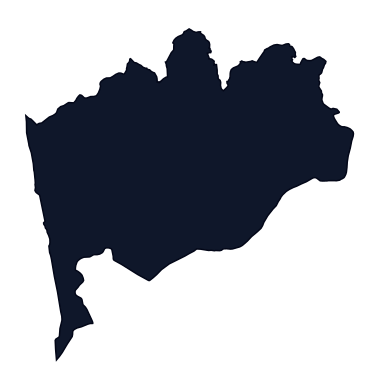 Aceh Tenggara, Aceh, Indonesia (Mercator projection), rotated 268°
{"feature_id": "22746128B65780821536148", "entity_name": "Aceh Tenggara", "entity_type": "district", "adm_level": 2, "iso_a3": "IDN", "parent_name": "Indonesia", "parent_adm1": "Aceh", "projection": "mercator", "projection_center": [97.723, 3.338], "detail": "fine", "context": "isolated", "style": "filled", "palette": "ink", "viewbox_px": 384, "rotation_deg": 268, "n_neighbors": 0, "source": "geoboundaries", "source_scale": "gbopen_adm2", "svg_char_len": 5981}
<svg xmlns="http://www.w3.org/2000/svg" viewBox="0 0 384 384"><g transform="rotate(268 192 192)"><path d="M270.3,333.3L270.1,333.2L272.0,330.7L275.2,326.7L275.8,326.2L279.0,325.1L280.1,325.0L282.4,325.4L283.3,325.7L284.7,325.8L286.6,324.9L288.5,324.8L292.5,322.4L294.3,322.6L296.8,323.5L299.2,322.6L299.8,322.6L301.4,323.0L302.7,322.8L304.6,323.1L305.5,324.6L306.5,325.6L307.2,325.9L310.3,326.8L311.6,327.7L314.6,328.8L315.9,329.9L317.9,330.4L320.0,328.2L321.1,326.2L322.2,325.0L322.6,324.0L322.2,322.1L319.7,317.0L319.3,316.0L319.2,315.0L319.2,313.6L319.5,311.5L320.2,310.3L321.4,309.1L321.5,308.1L321.3,307.6L320.8,307.2L317.4,305.2L316.0,304.7L315.8,304.1L316.0,301.2L316.4,299.4L316.7,298.7L318.2,297.0L319.2,296.5L319.6,296.0L319.9,296.6L320.6,297.1L321.3,296.6L321.9,296.4L323.0,296.7L323.5,296.3L324.0,296.8L323.6,297.2L323.6,298.6L322.9,299.1L322.9,299.5L323.6,300.2L323.8,299.7L324.2,299.6L324.7,300.2L325.8,300.0L328.0,300.2L329.7,299.3L331.3,298.7L333.5,297.3L334.0,296.6L334.1,295.3L334.4,294.9L335.9,294.6L336.7,293.8L336.8,293.3L336.6,291.0L335.4,287.7L335.4,286.5L336.4,282.2L336.0,279.0L334.3,275.1L332.5,272.5L332.8,272.2L331.4,269.6L329.3,268.7L328.7,268.1L322.6,263.6L319.2,261.3L320.0,258.9L321.0,256.7L320.5,255.5L319.7,249.4L320.1,249.4L320.5,247.4L321.2,246.3L320.3,244.7L319.0,245.2L318.7,244.7L317.7,243.7L318.1,243.2L317.7,243.7L316.8,243.0L316.1,241.7L314.6,237.7L313.9,236.7L312.9,235.5L310.7,234.6L309.0,234.3L305.8,234.1L303.4,233.3L302.8,232.7L301.3,231.9L301.2,230.8L299.6,230.8L298.9,231.1L298.2,231.7L296.8,231.7L295.3,230.5L292.2,227.1L292.4,226.9L292.3,226.6L293.4,225.4L294.7,224.7L297.5,224.2L300.3,224.5L301.6,224.3L302.7,223.9L303.4,222.9L304.6,222.1L307.3,222.1L309.1,221.3L312.9,221.4L318.5,220.9L318.6,219.6L318.2,218.4L319.5,218.7L320.3,218.4L321.4,218.7L322.1,218.6L323.8,216.7L324.3,215.6L324.6,213.6L325.0,213.8L325.6,213.7L329.9,212.2L330.2,212.2L330.2,213.0L330.6,213.6L330.6,214.2L330.8,214.8L330.6,215.5L331.6,216.0L332.9,215.7L333.2,215.2L334.1,214.9L334.8,215.0L335.0,214.2L335.8,214.2L336.2,214.6L338.9,214.8L340.8,214.4L341.9,213.8L343.4,211.6L344.7,210.6L346.7,210.1L348.1,209.2L350.3,206.1L351.8,206.1L351.8,203.7L351.4,202.2L351.6,200.8L352.6,198.4L353.7,197.1L355.1,194.8L353.2,191.8L352.8,190.5L352.4,189.8L351.9,189.4L351.2,189.4L349.8,188.2L349.3,187.5L347.8,183.6L346.2,181.1L344.4,179.4L341.9,178.1L341.5,178.2L340.4,179.2L338.8,178.9L335.2,178.7L334.3,178.4L332.0,176.2L323.1,171.1L322.8,170.0L320.3,170.8L319.0,170.8L316.1,171.5L307.9,171.6L307.7,170.2L306.3,167.7L305.3,166.4L304.1,165.2L303.7,164.4L303.4,164.3L303.1,163.3L302.6,163.4L302.4,163.0L302.6,162.7L303.2,162.5L302.9,161.5L303.0,161.1L306.6,161.0L308.4,160.7L312.3,158.7L313.0,157.0L314.0,155.4L315.6,153.9L315.9,152.5L316.5,151.4L317.3,151.1L317.3,149.8L318.4,147.4L320.4,145.3L321.2,143.6L322.9,141.0L323.3,139.2L323.7,138.5L327.2,135.4L327.4,135.0L327.0,134.5L325.1,134.2L324.2,133.8L323.6,133.4L322.2,131.9L319.8,131.5L317.6,130.9L316.4,130.9L315.3,130.4L313.1,129.0L312.5,128.5L312.1,127.7L313.1,125.6L313.4,124.2L313.4,122.9L312.2,119.9L310.5,117.3L308.9,114.3L308.9,110.4L307.8,107.8L305.7,105.1L304.7,104.3L303.1,103.8L301.0,104.3L297.9,103.5L294.3,101.9L292.1,100.3L291.4,99.5L290.9,97.3L290.9,94.0L289.6,90.2L289.6,88.5L289.8,87.7L292.3,85.2L292.8,84.2L292.9,83.2L291.7,81.9L289.6,80.2L287.6,79.1L285.6,77.3L285.3,76.8L285.3,76.0L285.7,72.1L285.5,71.4L282.8,66.9L281.9,63.7L279.6,60.8L276.0,59.4L274.6,57.9L273.3,55.7L271.9,52.0L266.2,44.2L265.9,41.6L265.1,40.0L264.4,39.3L270.4,33.7L271.4,31.4L274.1,28.6L268.0,29.0L256.9,28.8L245.5,30.6L244.1,30.7L236.8,32.8L225.7,34.4L219.3,34.7L217.4,35.1L209.7,35.6L206.3,35.7L205.1,35.4L201.8,35.7L199.1,35.1L197.7,35.7L196.8,36.4L194.4,39.4L193.7,39.7L167.7,44.1L166.8,43.0L166.3,42.6L165.1,42.7L162.8,44.0L161.2,44.2L159.3,45.6L156.7,45.9L153.7,47.2L150.0,48.3L146.6,48.3L144.6,48.0L143.0,47.1L136.4,47.6L133.6,48.5L129.7,49.2L112.4,51.5L96.9,54.1L76.7,56.7L72.5,57.5L69.5,57.6L68.1,57.5L60.2,55.3L52.9,54.5L52.0,54.2L51.4,53.7L49.7,50.8L48.5,50.1L39.4,50.2L28.9,50.7L32.2,53.7L36.1,56.7L44.2,61.9L51.7,67.2L53.9,67.7L56.6,67.9L57.5,68.3L58.2,68.9L58.8,69.7L60.1,72.3L61.2,76.9L63.5,83.1L64.1,85.5L64.1,88.2L64.3,88.3L65.3,88.2L67.0,87.6L78.2,82.9L80.6,81.5L83.1,79.2L83.6,79.0L88.2,78.3L89.3,77.8L89.9,77.2L91.8,73.9L92.7,72.8L93.5,72.1L94.7,71.7L95.8,71.6L97.0,71.7L98.0,72.1L101.1,75.0L102.7,76.1L106.0,79.8L107.5,80.6L109.8,80.2L112.6,79.2L113.5,78.6L115.1,77.1L116.7,75.1L117.9,73.0L118.3,72.7L120.6,72.9L122.7,73.3L125.6,74.4L126.5,74.9L127.6,75.9L128.8,77.5L129.7,79.1L130.6,81.7L130.7,87.3L131.0,88.2L132.5,90.9L132.8,92.0L132.7,95.0L133.2,97.7L134.5,100.2L135.5,101.1L137.9,102.4L138.7,103.0L139.2,104.6L139.0,107.2L138.1,109.3L137.2,109.9L130.6,111.0L127.9,111.0L127.0,111.3L126.4,111.9L122.1,119.1L111.4,134.9L105.1,145.5L105.0,146.5L107.8,150.3L110.7,153.8L115.5,158.8L121.0,166.8L128.2,182.6L130.6,187.1L132.9,191.9L134.9,194.6L134.6,198.4L133.0,206.6L133.1,209.2L132.5,212.3L132.7,213.6L132.4,217.8L132.8,219.5L133.8,220.8L134.1,221.8L134.1,224.7L133.6,228.4L133.7,230.5L135.5,237.8L136.6,240.0L137.5,241.3L141.0,245.6L145.4,250.0L150.0,255.9L153.3,259.7L156.0,261.4L159.1,262.7L165.7,266.9L172.1,272.3L175.4,275.7L179.4,277.9L182.3,280.0L183.6,280.6L184.5,281.3L186.0,282.5L189.3,286.2L191.2,289.4L193.0,293.4L194.2,296.9L196.3,301.6L198.3,306.7L201.7,313.1L202.1,314.5L202.0,315.9L201.5,317.1L198.7,320.5L198.4,323.1L198.4,327.6L198.6,328.9L198.4,334.6L198.2,336.7L198.7,340.1L199.4,341.0L200.1,342.8L201.1,344.4L201.9,345.0L204.3,346.3L206.4,347.0L211.1,347.7L216.4,348.2L222.8,349.4L230.3,351.7L237.6,353.4L241.8,354.9L244.5,355.4L245.9,355.2L246.4,355.1L247.9,353.9L249.4,352.4L250.0,351.4L251.0,349.4L251.8,346.7L251.9,344.7L252.3,343.3L253.4,341.6L255.1,339.9L259.6,337.3L261.6,336.4L263.0,336.0L264.0,336.2L264.7,337.0L265.7,340.8L266.3,341.9L266.9,341.9L269.7,339.6L270.6,336.0L270.4,335.0L269.9,334.0L270.3,333.3Z" fill="#0f172a" stroke="#020617" stroke-width="1.5"/></g></svg>